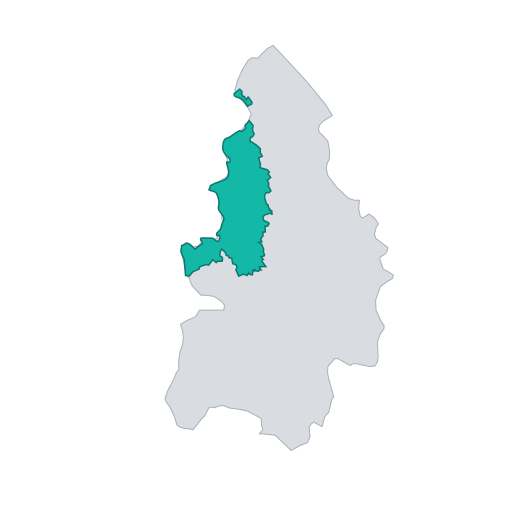 location of Hainaut within Belgium, rotated 73°
{"feature_id": "BEL-2", "entity_name": "Hainaut", "entity_type": "Province", "adm_level": 1, "iso_a3": "BEL", "parent_name": "Belgium", "parent_adm1": "", "projection": "equal_earth", "projection_center": [3.881, 50.373], "detail": "fine", "context": "in_parent", "style": "filled", "palette": "teal", "viewbox_px": 512, "rotation_deg": 73, "n_neighbors": 0, "source": "natural_earth", "source_scale": "10m", "svg_char_len": 4890}
<svg xmlns="http://www.w3.org/2000/svg" viewBox="0 0 512 512"><g transform="rotate(73 256 256)"><path d="M232.9,140.8L240.8,144.0L247.9,144.7L250.9,143.3L248.9,135.5L254.6,131.4L261.0,129.5L263.8,132.8L269.7,136.3L274.2,136.3L286.5,127.4L289.5,129.1L292.1,132.3L292.7,134.9L293.2,137.5L296.0,138.7L305.7,138.1L310.6,133.3L314.5,130.2L317.4,132.3L318.9,138.2L321.6,146.0L333.3,154.6L343.2,157.1L355.2,155.4L360.0,153.8L363.3,155.1L366.5,159.7L373.5,165.0L388.2,168.7L392.7,170.8L395.9,174.4L395.0,179.4L388.2,192.0L387.3,195.7L388.3,197.0L387.0,199.3L378.0,207.8L377.2,210.8L380.3,215.6L382.8,219.7L388.3,221.6L393.4,222.3L403.2,222.6L413.5,222.8L414.8,225.2L426.5,232.0L430.1,237.5L438.5,242.8L431.7,249.4L432.8,252.4L435.4,255.4L444.8,257.2L449.6,261.6L449.9,268.3L452.3,279.2L433.0,290.1L427.7,302.3L427.2,304.7L426.5,304.3L424.3,300.3L420.8,300.3L412.7,298.6L401.7,309.6L396.7,318.8L393.8,325.5L389.3,331.0L388.5,336.7L389.1,339.2L387.6,342.3L387.5,345.6L394.1,352.0L395.7,355.5L403.8,367.0L401.4,371.2L399.5,375.7L397.2,379.0L394.6,381.0L386.4,380.9L376.1,382.3L369.1,384.6L365.5,384.6L358.0,378.9L349.5,370.3L344.2,366.2L341.8,362.7L335.2,361.2L325.8,356.9L319.3,352.3L313.7,349.5L305.8,348.1L299.3,348.2L297.4,340.5L296.5,331.7L291.2,325.8L298.3,302.7L294.0,300.5L289.3,302.3L282.5,307.8L279.3,314.3L277.4,320.1L266.0,325.7L247.9,327.7L228.1,325.7L225.4,324.2L224.1,322.5L224.1,320.5L225.5,317.3L228.9,313.6L229.7,308.2L226.2,303.5L223.9,301.7L224.8,297.2L227.4,291.5L227.9,288.3L214.5,278.5L204.8,276.6L195.5,276.3L188.3,275.2L184.2,275.7L181.2,278.5L178.2,280.5L175.9,278.1L171.8,260.9L168.6,258.2L156.5,255.4L140.0,254.3L135.6,251.2L133.3,243.5L131.8,234.2L126.4,225.3L123.7,223.0L118.8,219.1L110.2,220.7L99.9,225.9L93.8,227.3L91.5,227.8L83.3,222.8L74.1,214.9L66.8,206.6L65.1,202.0L67.4,196.3L64.7,192.0L60.8,184.2L59.7,178.0L104.2,156.4L131.2,145.3L143.9,141.9L146.9,153.1L149.2,156.6L152.2,158.9L156.2,159.4L160.8,156.6L167.2,153.7L177.6,155.0L185.1,157.7L187.7,160.5L192.7,163.2L199.9,163.8L214.0,158.7L227.4,151.0L231.4,145.7L232.9,140.8Z" fill="#d9dde1" stroke="#a8b0b8" stroke-width="1"/><path d="M144.6,256.6L142.8,256.2L138.4,254.3L137.0,253.5L135.4,251.8L134.9,250.3L134.7,246.2L132.1,238.9L131.3,235.1L132.7,233.0L131.5,229.9L130.7,228.7L129.4,228.3L127.9,228.2L127.1,227.4L125.9,224.9L124.5,222.9L125.7,222.5L130.3,220.6L134.5,222.6L138.8,222.1L141.0,224.5L140.8,226.3L143.3,227.8L143.9,227.8L144.9,228.1L145.4,227.1L150.0,223.2L154.6,220.5L158.3,221.7L162.4,220.8L163.0,224.8L169.8,224.9L172.6,226.5L176.8,220.0L179.7,218.7L180.8,220.5L185.2,219.0L186.9,223.0L191.0,222.6L192.4,223.7L198.1,222.7L199.2,224.9L198.5,227.1L199.0,228.5L200.4,230.0L202.6,230.7L208.8,230.8L210.9,229.5L212.8,230.0L215.2,229.0L215.9,229.9L217.4,227.7L220.1,228.4L221.4,228.5L219.6,228.9L219.2,230.6L219.3,235.4L220.3,237.7L222.1,238.3L224.5,238.0L227.7,234.4L228.8,234.0L230.8,236.1L230.3,238.8L235.7,240.0L235.2,242.7L238.5,243.2L241.1,246.5L244.1,246.2L243.8,249.5L246.4,247.2L252.1,246.7L253.2,247.6L257.8,247.6L258.3,248.2L258.1,251.4L261.4,250.0L261.3,251.2L262.8,251.8L269.0,249.7L267.2,256.1L270.8,255.3L270.0,256.5L271.3,257.9L270.0,261.0L268.6,261.2L269.6,262.1L268.6,262.9L273.0,265.0L271.5,267.7L269.9,268.1L272.0,270.2L269.6,273.5L270.2,278.4L263.3,279.3L261.4,277.4L258.6,277.6L256.5,280.5L250.8,279.9L250.0,282.3L248.1,282.2L246.8,284.2L243.4,284.4L239.3,286.8L241.0,288.7L244.8,290.5L245.5,290.4L247.4,288.7L249.6,289.0L251.1,290.0L249.8,294.1L250.7,296.0L246.9,298.4L250.9,304.0L249.6,306.2L249.7,311.4L250.1,313.5L251.8,314.0L252.6,320.8L255.7,325.8L254.3,328.6L254.0,329.1L238.6,325.7L232.2,326.4L230.7,326.6L229.3,326.3L223.6,323.7L224.4,323.8L224.2,321.9L223.7,319.9L223.2,319.7L223.6,318.2L224.1,317.2L224.9,316.4L226.7,315.0L229.1,313.6L231.6,312.6L231.6,311.7L230.9,310.7L230.3,309.5L228.5,303.8L227.5,303.4L226.4,303.6L224.4,304.3L222.9,303.7L223.2,301.4L225.1,296.1L225.7,293.8L226.1,292.7L227.2,291.4L229.6,289.9L230.6,288.9L230.9,287.6L230.3,286.7L229.0,285.8L227.6,285.1L226.7,284.8L225.4,285.3L225.3,286.1L225.5,287.0L224.7,287.6L222.8,286.9L220.0,282.0L217.9,280.5L215.7,279.4L212.3,276.4L210.3,275.6L208.2,275.8L201.6,278.0L199.3,278.0L197.5,277.3L195.7,276.3L193.6,275.4L189.4,275.0L184.9,275.3L183.5,275.7L182.7,276.5L180.8,279.0L180.4,280.1L180.1,280.5L179.6,280.8L179.5,280.6L179.3,280.7L178.9,281.6L175.3,278.8L174.4,273.5L174.4,267.4L173.6,262.4L171.9,259.9L169.9,258.4L167.7,257.5L165.3,257.1L158.7,257.0L157.5,256.3L158.5,254.8L158.6,253.8L158.0,253.1L156.5,252.7L155.0,252.8L154.0,253.4L153.0,254.2L151.6,255.1L147.1,256.4L144.6,256.6ZM96.3,229.8L94.7,229.5L94.2,229.3L93.8,228.1L91.7,222.8L94.5,221.4L95.1,221.3L96.6,222.3L99.5,221.9L99.9,220.7L103.8,219.4L101.7,217.4L101.8,216.8L107.8,214.9L109.4,215.7L110.2,220.1L110.3,220.5L104.9,221.9L102.6,223.1L100.7,224.7L97.6,229.0L96.3,229.8Z" fill="#14b8a6" stroke="#0f766e" stroke-width="1.5"/></g></svg>